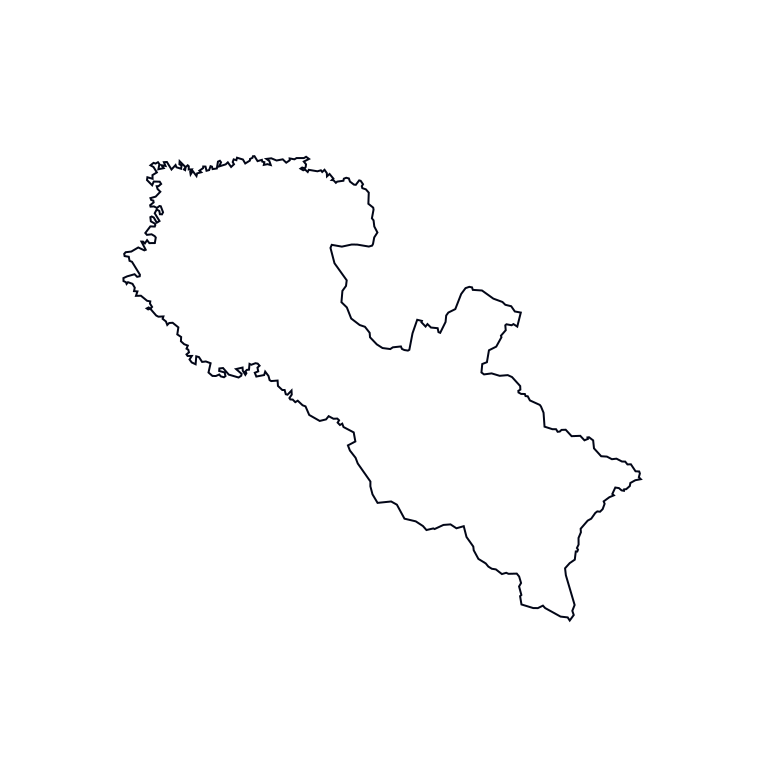 Bagé, Rio Grande do Sul, Brazil (Mercator projection), rotated 251°
{"feature_id": "56859067B38463954563112", "entity_name": "Bagé", "entity_type": "district", "adm_level": 2, "iso_a3": "BRA", "parent_name": "Brazil", "parent_adm1": "Rio Grande do Sul", "projection": "mercator", "projection_center": [-53.953, -31.246], "detail": "fine", "context": "isolated", "style": "outline", "palette": "ink", "viewbox_px": 768, "rotation_deg": 251, "n_neighbors": 0, "source": "geoboundaries", "source_scale": "gbopen_adm2", "svg_char_len": 6167}
<svg xmlns="http://www.w3.org/2000/svg" viewBox="0 0 768 768"><g transform="rotate(251 384 384)"><path d="M429.1,515.2L440.5,507.1L444.1,498.6L446.7,498.7L448.1,496.3L448.1,492.3L444.0,486.3L431.6,475.8L430.6,468.1L428.5,465.1L422.6,462.4L414.1,453.8L415.3,452.4L419.3,452.9L422.1,446.8L426.5,444.6L424.8,442.0L430.2,439.5L431.3,440.4L433.9,436.3L422.7,427.5L408.1,419.1L407.8,417.5L409.5,414.3L411.3,412.4L414.0,412.2L415.8,404.3L415.0,401.3L418.5,394.3L423.8,390.1L432.7,386.0L437.1,387.1L444.3,384.6L447.7,380.2L456.6,374.3L468.5,373.8L475.2,370.4L485.6,375.0L489.1,380.0L494.2,382.5L514.3,376.5L530.1,377.7L532.6,379.9L527.6,388.9L526.4,398.9L524.5,404.1L518.9,414.4L518.7,417.8L520.0,419.2L525.8,422.5L529.4,427.1L536.1,426.1L542.1,427.4L544.6,426.5L552.3,430.9L554.3,431.2L559.5,427.9L569.9,431.9L574.0,430.2L576.2,427.3L578.3,427.4L579.7,429.2L583.7,428.1L584.6,426.8L581.5,422.2L582.3,420.5L586.5,417.7L589.8,417.7L591.3,415.4L591.2,412.9L589.4,411.8L590.6,405.6L589.9,404.0L593.1,402.6L593.8,401.1L594.7,403.0L600.3,400.9L598.9,397.7L602.0,398.6L605.9,397.5L604.6,394.6L606.6,393.9L606.8,390.3L611.0,382.6L609.3,380.9L612.4,379.2L612.4,377.2L614.8,375.2L615.3,377.1L613.7,379.3L614.7,380.6L617.1,381.8L620.4,380.6L621.2,386.4L624.2,384.3L623.7,381.9L626.1,374.8L625.6,372.5L628.0,368.2L626.2,367.7L625.1,363.6L629.4,361.4L630.3,355.2L634.1,350.9L635.1,346.1L632.1,348.2L627.9,348.2L629.8,345.4L630.3,341.7L632.7,343.1L633.9,341.3L635.7,341.5L635.9,337.0L641.6,335.7L642.0,334.2L640.7,333.3L640.4,330.6L638.9,329.9L637.7,324.6L642.2,323.7L645.8,318.7L643.7,317.3L645.3,315.0L643.1,313.2L640.6,313.7L639.0,310.1L644.4,308.5L643.2,305.8L643.4,299.0L646.7,302.1L648.5,301.5L648.3,299.4L642.2,296.1L643.0,291.9L645.5,292.1L646.4,290.9L643.2,288.3L643.4,285.6L647.7,286.0L648.5,283.9L647.0,283.2L645.8,278.9L643.7,280.1L644.0,275.9L641.7,274.4L647.6,272.5L645.1,269.4L647.9,269.9L649.5,272.1L650.4,269.2L653.4,270.3L654.7,269.6L653.6,267.0L661.2,263.3L658.4,262.1L656.4,263.7L653.6,262.2L656.5,258.3L658.9,258.2L656.0,252.9L664.6,251.0L665.4,248.1L661.3,248.4L663.3,244.8L659.8,246.0L660.5,240.6L665.0,243.2L667.3,242.5L666.8,239.8L668.1,238.1L666.8,234.4L664.2,236.7L658.0,238.1L656.9,233.1L653.4,232.0L656.5,227.6L654.0,226.3L647.4,229.5L650.4,232.2L648.3,237.8L645.7,238.4L644.5,235.2L645.0,233.5L642.0,233.4L638.6,235.1L635.5,229.1L635.8,223.7L633.8,223.8L632.5,225.6L630.7,225.3L629.2,221.1L627.7,221.0L626.8,224.3L624.4,226.6L625.4,229.7L624.7,230.8L618.3,231.0L616.7,229.3L617.5,227.4L620.7,227.9L623.0,225.9L620.1,222.8L611.2,224.8L610.5,221.7L616.4,220.5L618.0,218.9L617.8,217.4L613.7,216.5L610.2,219.6L608.7,219.5L607.5,218.5L609.1,214.4L604.5,207.5L602.2,208.4L601.2,213.0L598.5,215.3L596.8,215.9L591.9,213.2L593.6,208.0L597.1,206.8L594.8,203.7L597.1,202.5L597.6,201.0L588.5,202.4L588.4,200.9L593.1,196.1L591.5,188.2L592.7,182.6L591.6,180.7L589.4,180.4L587.4,184.1L583.3,183.5L581.6,185.5L566.8,188.8L565.4,188.1L565.7,185.5L569.0,183.9L569.4,176.2L569.0,172.1L566.1,171.2L564.3,173.1L562.4,173.2L563.6,175.1L560.6,178.8L556.2,179.7L553.2,177.9L551.8,181.0L548.1,178.2L546.6,182.9L539.8,187.1L538.2,189.9L536.2,188.9L532.4,189.8L531.3,187.5L522.9,190.9L521.1,192.6L519.7,197.4L517.7,195.9L514.1,198.2L510.4,198.3L511.6,200.8L510.7,204.1L504.5,208.0L498.2,204.7L494.5,207.5L490.5,205.9L486.7,208.0L484.2,211.0L481.7,208.8L480.2,210.1L477.4,209.9L476.3,206.9L474.5,207.4L473.1,211.4L470.5,208.1L467.0,209.2L464.0,212.3L471.3,215.5L469.7,217.8L464.1,219.2L463.3,222.9L460.1,226.8L452.0,221.8L447.5,224.4L446.3,227.6L446.6,231.3L444.3,232.2L442.5,234.9L443.1,236.7L446.8,237.1L450.0,232.4L452.3,233.4L451.5,237.0L443.4,240.3L437.5,248.6L438.3,251.7L439.9,252.7L446.3,249.0L445.6,255.6L442.5,254.8L437.8,255.9L439.0,257.4L441.1,257.1L442.0,258.9L441.5,261.0L446.8,263.4L445.4,264.8L445.5,269.3L444.4,271.2L441.8,272.3L440.7,269.7L436.9,269.2L436.7,265.5L432.6,265.7L431.5,273.6L434.4,275.7L429.2,277.4L424.9,277.1L423.5,278.3L421.9,284.5L416.7,283.1L411.4,285.9L410.7,288.1L406.3,287.8L405.3,289.3L407.9,294.4L404.0,293.3L401.5,290.0L399.9,290.4L399.0,292.6L395.7,294.2L396.3,297.0L390.4,300.1L388.4,302.5L379.1,303.2L370.0,311.2L369.4,317.7L371.6,321.2L367.6,324.9L366.5,328.6L364.3,329.7L362.6,327.6L359.6,329.0L360.1,331.6L356.5,331.7L348.1,339.6L339.0,338.2L337.7,329.9L332.2,330.1L323.5,333.1L317.4,333.3L296.2,339.4L291.7,337.8L283.4,337.2L273.7,339.2L270.6,352.5L265.7,356.9L250.0,359.5L243.8,369.3L237.0,374.6L232.1,376.6L231.4,383.6L230.4,384.6L231.4,394.3L229.6,401.2L224.0,405.5L223.6,413.1L212.5,412.2L201.2,415.5L197.6,414.7L187.9,416.3L181.2,421.8L177.4,423.2L174.2,425.8L172.3,429.4L165.9,433.6L165.7,438.1L164.0,439.9L161.5,447.8L158.0,449.1L151.2,448.8L148.6,445.8L139.8,445.2L139.1,443.6L130.8,442.2L123.6,452.1L122.0,456.5L122.7,462.1L119.7,463.4L106.6,475.2L103.5,481.7L99.9,482.6L103.8,488.2L108.2,488.2L113.0,492.3L144.0,493.7L150.8,495.2L154.2,501.3L155.8,507.2L163.2,510.8L162.7,512.2L164.2,513.5L166.1,513.0L168.8,515.7L175.1,517.8L179.7,521.9L183.1,522.8L188.5,532.1L189.2,536.1L193.3,541.8L194.1,544.2L192.9,546.7L194.5,550.0L198.9,553.6L201.5,553.5L203.6,560.3L203.9,565.1L205.7,564.1L210.8,569.0L209.1,572.2L206.1,574.0L204.9,576.1L206.2,576.7L205.7,578.8L207.5,583.2L210.2,584.7L211.2,590.3L210.4,595.8L212.9,594.6L216.1,596.8L218.2,596.8L219.6,593.4L227.7,591.3L228.7,588.0L232.1,586.8L233.2,583.8L237.7,579.5L238.7,575.0L242.8,571.1L245.0,565.8L254.8,561.6L262.6,563.4L266.9,560.5L267.2,559.0L265.7,558.9L265.5,555.2L271.1,552.7L273.6,544.4L281.6,540.9L282.8,536.9L281.8,534.7L282.3,532.6L285.2,532.0L286.4,528.6L291.4,521.9L304.9,525.5L311.6,525.1L313.5,524.5L321.0,516.6L325.6,515.9L326.5,513.9L328.7,513.9L330.0,510.4L332.2,508.4L333.8,508.8L334.3,511.1L337.7,512.1L348.9,507.3L352.1,503.9L354.1,496.0L359.0,489.2L360.5,481.7L363.2,479.9L370.9,483.4L371.1,488.4L381.7,494.2L382.8,502.3L390.0,510.3L391.6,510.3L395.2,516.6L400.0,517.8L400.6,519.2L398.0,523.8L398.5,525.9L394.9,528.7L407.0,536.6L410.0,531.3L416.1,529.6L419.4,524.5L423.0,522.7L429.1,515.2ZM653.6,267.0L651.0,265.6L652.0,264.7L653.6,267.0ZM531.3,187.5L533.0,186.4L532.7,184.3L531.3,185.3L531.3,187.5Z" fill="none" stroke="#020617" stroke-width="2"/></g></svg>